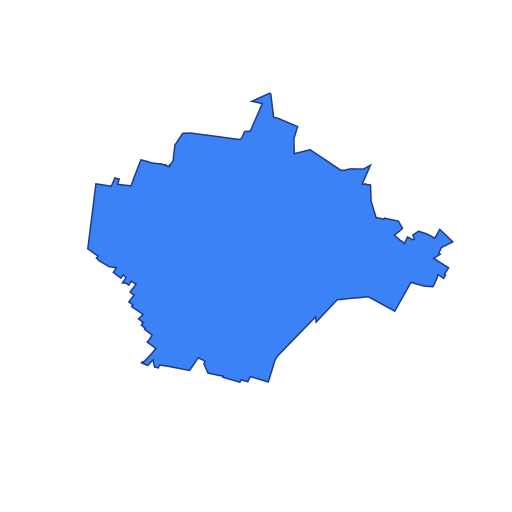 Ocampo, Tamaulipas, Mexico (Albers equal-area conic projection), rotated 119°
{"feature_id": "50627088B71121677277682", "entity_name": "Ocampo", "entity_type": "district", "adm_level": 2, "iso_a3": "MEX", "parent_name": "Mexico", "parent_adm1": "Tamaulipas", "projection": "albers", "projection_center": [-99.342, 22.844], "detail": "fine", "context": "isolated", "style": "filled", "palette": "blue", "viewbox_px": 512, "rotation_deg": 119, "n_neighbors": 0, "source": "geoboundaries", "source_scale": "gbopen_adm2", "svg_char_len": 3286}
<svg xmlns="http://www.w3.org/2000/svg" viewBox="0 0 512 512"><g transform="rotate(119 256 256)"><path d="M270.5,431.0L287.6,424.1L331.3,406.6L332.6,394.1L335.3,394.5L335.4,393.2L336.3,390.8L336.5,379.0L333.8,372.4L339.5,372.9L340.9,363.4L337.0,363.0L337.7,359.2L344.3,359.8L343.3,357.5L342.8,356.5L342.8,356.0L343.2,353.2L338.4,352.7L338.9,347.3L341.5,347.6L343.0,347.7L345.0,348.2L346.6,348.5L347.0,348.5L348.6,348.7L349.3,343.7L352.5,344.2L357.9,344.9L358.4,340.0L360.6,340.3L360.9,337.8L361.3,331.9L361.5,330.2L361.9,326.5L366.6,327.9L368.0,328.3L368.6,323.2L369.2,323.4L369.4,322.2L372.0,322.8L372.3,321.6L372.5,320.1L373.0,317.7L374.2,318.0L374.9,313.1L375.5,308.7L378.7,308.6L384.1,309.3L384.3,307.5L385.4,298.8L391.6,299.9L394.5,300.6L400.4,302.1L403.3,302.9L403.5,304.1L405.0,304.4L404.2,297.6L396.8,295.7L402.3,290.9L401.2,287.2L398.3,287.5L397.3,285.2L394.9,278.8L388.6,259.6L388.2,258.6L375.1,257.4L372.9,257.1L373.1,255.5L372.7,252.8L372.9,249.6L373.3,249.5L374.6,249.0L375.2,249.4L375.5,249.3L381.7,241.2L378.5,230.7L377.0,226.5L378.1,226.3L377.6,224.0L374.2,208.9L371.5,209.0L370.0,202.3L364.2,202.5L361.4,189.4L360.2,184.2L338.2,188.8L335.3,188.8L333.4,188.8L280.4,174.4L284.7,171.4L255.0,163.8L245.4,150.2L245.0,149.5L244.9,149.3L243.5,147.1L237.2,138.1L237.0,107.9L204.0,107.7L200.8,94.4L200.4,93.5L197.1,86.4L193.7,86.4L189.9,86.8L188.1,86.9L184.0,87.8L184.6,81.0L180.7,81.0L180.6,82.3L173.0,81.8L171.9,99.5L165.1,95.7L165.3,97.5L160.8,97.8L158.7,98.0L148.2,90.7L143.6,108.2L153.7,108.2L153.8,116.1L153.8,116.9L155.5,125.9L156.2,126.2L161.7,129.0L162.3,128.2L163.1,127.3L163.6,126.7L164.6,125.6L164.8,125.8L165.6,126.6L165.8,126.9L165.8,127.5L165.8,129.6L165.8,130.4L165.8,131.6L165.9,132.7L167.4,132.6L169.0,132.4L171.1,132.3L171.4,132.4L171.8,132.3L173.1,132.2L172.4,136.2L172.5,137.0L171.5,141.3L170.7,145.1L168.9,144.3L168.4,144.1L166.9,143.5L166.3,143.2L160.8,141.2L156.5,148.4L160.6,162.0L161.7,161.9L164.1,169.7L152.3,181.9L138.3,190.3L139.6,193.3L139.8,194.5L140.0,195.5L140.4,195.4L141.6,198.0L121.1,199.9L127.8,204.1L134.4,216.2L135.1,216.9L136.3,218.4L138.1,220.0L138.9,221.5L139.2,222.3L139.9,223.2L136.8,260.2L147.9,272.1L135.2,279.7L122.7,282.3L124.9,303.4L126.1,307.9L109.2,320.1L107.0,321.7L107.1,323.1L122.8,334.7L122.3,333.2L119.6,324.4L149.6,321.5L152.4,326.0L153.6,326.3L158.3,325.7L159.6,325.7L160.7,325.9L162.1,326.9L180.2,372.9L183.8,378.9L183.9,379.1L184.2,379.6L198.2,380.7L202.7,378.9L212.9,374.7L217.7,375.2L218.1,375.8L218.9,375.2L219.9,375.1L220.0,375.6L220.0,375.9L219.9,376.0L219.9,376.4L220.0,376.5L220.3,376.8L220.5,377.1L220.4,377.3L220.4,377.5L220.4,377.9L220.5,378.2L220.5,378.3L220.4,378.5L220.1,378.6L220.1,378.8L220.0,379.0L220.2,379.3L220.2,379.5L220.4,379.4L220.5,379.6L220.6,379.8L220.8,380.2L221.0,381.0L221.1,381.5L221.3,382.3L221.2,382.4L221.3,382.5L221.3,383.5L222.0,384.9L222.7,386.4L223.0,386.9L223.1,387.6L223.6,388.4L224.0,388.9L224.3,390.4L224.9,391.7L225.5,394.1L225.7,394.5L225.7,395.6L225.9,396.5L226.3,398.1L226.6,399.2L227.0,400.7L227.2,401.5L227.4,402.2L227.5,402.7L227.7,403.3L229.0,403.1L234.2,402.4L239.1,401.7L248.9,400.4L249.4,400.2L255.2,399.3L260.4,411.7L254.9,413.0L255.8,415.2L255.9,416.4L255.9,417.2L265.1,416.4L268.9,426.7L270.5,431.0Z" fill="#3b82f6" stroke="#1e3a8a" stroke-width="1.5"/></g></svg>